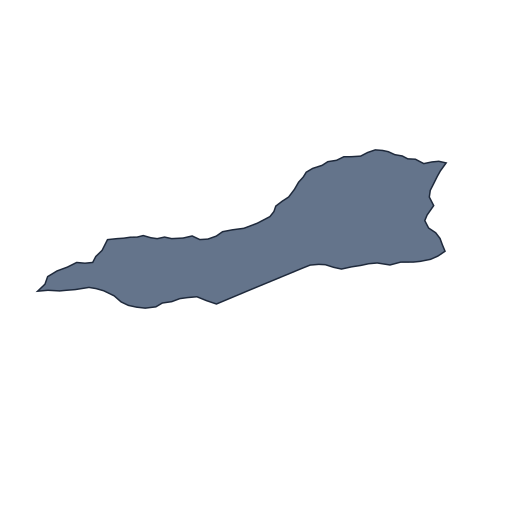 the district of Inúbia Paulista, São Paulo, Brazil, rotated 244°
{"feature_id": "56859067B74776499376394", "entity_name": "Inúbia Paulista", "entity_type": "district", "adm_level": 2, "iso_a3": "BRA", "parent_name": "Brazil", "parent_adm1": "São Paulo", "projection": "equal_earth", "projection_center": [-50.952, -21.726], "detail": "fine", "context": "isolated", "style": "filled", "palette": "slate", "viewbox_px": 512, "rotation_deg": 244, "n_neighbors": 0, "source": "geoboundaries", "source_scale": "gbopen_adm2", "svg_char_len": 1454}
<svg xmlns="http://www.w3.org/2000/svg" viewBox="0 0 512 512"><g transform="rotate(244 256 256)"><path d="M335.8,129.7L328.5,120.1L325.8,111.8L321.8,106.4L324.5,99.1L328.8,92.0L328.7,81.6L329.8,70.6L328.8,59.7L323.2,54.0L320.1,44.3L316.4,54.0L310.7,64.2L308.3,70.6L305.1,78.7L301.0,92.1L296.8,98.0L291.5,103.9L282.3,111.1L273.9,114.6L267.6,119.6L262.4,126.2L257.7,133.6L254.2,143.7L254.8,151.2L251.9,160.3L251.1,168.8L248.8,175.8L245.3,185.0L237.5,192.0L230.2,199.4L228.2,235.0L224.7,292.6L224.1,300.7L221.0,308.7L217.8,314.5L211.8,320.8L206.8,327.1L204.4,337.0L201.6,346.0L199.7,353.8L196.6,361.9L189.2,372.5L187.1,383.3L181.6,394.7L179.2,401.2L176.5,411.4L176.2,419.5L177.4,428.0L184.2,428.4L191.1,429.1L198.1,427.7L205.5,423.4L213.8,423.2L217.8,427.7L223.4,437.8L233.0,437.6L238.6,441.4L243.6,448.0L248.2,454.0L251.6,458.9L256.3,467.7L261.0,461.8L263.4,455.4L265.5,447.3L273.1,441.7L276.8,435.0L281.8,431.3L286.2,425.2L291.8,420.6L295.4,416.0L299.1,409.7L300.1,401.7L299.9,393.8L303.5,385.1L306.7,378.5L306.7,370.4L309.3,361.9L308.5,355.2L309.9,345.3L309.3,337.9L306.2,333.0L303.7,326.7L299.0,319.7L294.7,311.2L293.8,303.8L292.2,295.7L288.1,291.6L285.3,285.8L284.9,271.5L286.2,257.3L289.9,246.2L292.5,236.6L291.3,229.0L292.3,220.1L295.4,212.7L302.0,207.4L304.1,198.3L308.6,187.8L313.1,182.1L314.9,174.8L318.5,169.5L323.8,163.6L325.1,157.4L328.0,151.2L330.0,144.9L332.5,138.8L335.8,129.7Z" fill="#64748b" stroke="#1e293b" stroke-width="1.5"/></g></svg>